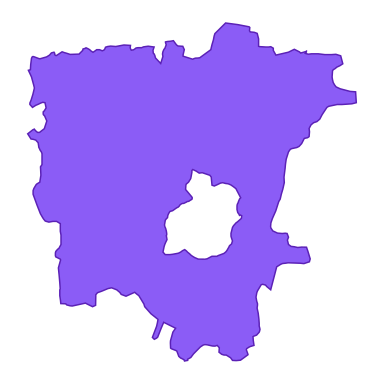 Tanta, Al Gharbiyah, Egypt (Mercator projection)
{"feature_id": "37247803B22733539273982", "entity_name": "Tanta", "entity_type": "district", "adm_level": 2, "iso_a3": "EGY", "parent_name": "Egypt", "parent_adm1": "Al Gharbiyah", "projection": "mercator", "projection_center": [30.984, 30.809], "detail": "fine", "context": "isolated", "style": "filled", "palette": "violet", "viewbox_px": 384, "rotation_deg": 0, "n_neighbors": 0, "source": "geoboundaries", "source_scale": "gbopen_adm2", "svg_char_len": 5867}
<svg xmlns="http://www.w3.org/2000/svg" viewBox="0 0 384 384"><path d="M28.4,70.3L30.0,73.7L31.5,77.0L33.7,85.1L34.4,88.0L32.9,94.3L31.1,100.1L29.9,103.0L29.9,104.5L32.5,107.4L35.8,105.3L38.4,104.2L40.6,103.1L42.8,102.3L45.0,102.7L46.1,107.9L44.3,110.8L43.2,111.9L43.2,114.1L43.5,114.8L44.6,115.9L46.8,121.0L44.3,128.7L39.5,132.4L37.6,132.4L36.2,131.3L35.1,130.2L34.3,129.1L32.8,129.8L27.7,133.8L31.0,139.0L33.2,139.3L35.8,140.1L36.9,141.4L38.1,142.6L38.7,146.3L38.7,147.0L40.2,150.3L41.3,151.8L42.0,153.6L42.0,164.6L40.5,166.8L40.9,175.2L39.8,182.2L36.8,184.0L36.1,184.7L33.9,188.4L33.1,190.6L33.1,194.3L37.1,205.3L40.4,213.7L42.3,217.0L43.4,218.8L45.2,221.0L46.3,221.4L48.9,222.1L52.9,221.4L56.6,221.4L60.3,223.6L60.3,231.3L61.0,235.0L61.0,244.5L58.8,248.5L57.7,249.2L55.8,251.4L55.4,252.9L55.4,255.8L55.8,256.9L60.2,259.1L60.6,259.9L58.4,267.9L59.1,274.9L59.8,282.9L60.2,288.8L59.8,289.9L59.8,295.7L60.5,300.5L60.8,303.6L65.7,303.8L66.7,304.9L70.1,305.8L72.3,306.0L85.5,303.1L86.5,303.7L92.6,306.7L95.6,305.3L95.8,295.7L95.8,294.7L97.5,292.7L101.7,291.2L107.9,288.6L109.2,288.3L111.6,287.8L116.7,289.8L119.8,292.4L121.2,294.4L126.0,296.2L134.7,292.3L136.9,294.2L138.8,295.6L143.9,304.0L144.7,306.7L151.0,313.8L158.0,319.4L157.4,322.8L156.6,326.3L152.4,337.4L154.3,339.3L156.5,338.2L157.7,337.1L161.1,328.4L163.7,322.3L175.6,328.2L172.9,332.1L170.5,340.8L170.4,343.0L170.6,348.1L171.3,348.7L176.3,350.7L176.8,351.1L177.1,351.8L178.8,356.4L180.7,358.1L181.1,358.2L183.0,359.2L183.9,359.6L184.5,361.0L187.7,360.4L187.7,359.2L190.8,357.5L193.5,353.9L200.4,346.9L203.3,345.0L204.9,344.6L207.1,344.8L212.4,346.0L215.0,346.1L217.2,345.4L219.3,347.7L219.0,352.2L221.7,354.3L223.9,355.0L226.3,355.1L230.5,357.7L232.5,360.4L236.2,360.6L240.5,360.2L244.5,357.3L248.0,354.7L247.8,353.8L246.3,349.7L246.7,348.6L249.6,346.8L250.4,346.5L254.0,345.4L253.3,340.6L253.0,336.6L253.7,336.2L256.6,335.1L259.2,332.2L259.6,331.1L260.0,329.3L259.6,327.5L259.2,326.0L259.2,323.4L258.9,319.1L258.2,313.2L257.1,308.1L257.5,305.1L257.5,303.7L256.7,301.1L256.0,297.1L256.8,292.7L257.5,290.9L261.2,284.7L262.7,284.3L265.6,285.1L266.7,286.5L270.7,289.8L276.7,266.8L278.5,265.7L280.7,264.3L282.6,263.5L285.5,263.2L288.1,262.8L299.9,263.2L303.9,263.6L309.4,261.8L310.2,258.9L308.0,251.6L306.5,247.2L301.7,247.1L297.7,247.5L294.0,246.7L291.1,246.4L288.5,244.5L287.4,240.1L288.5,237.2L287.1,233.5L285.3,233.2L282.3,233.5L277.5,233.1L272.8,230.9L270.9,228.0L270.6,226.5L270.9,222.9L272.4,218.5L275.8,210.8L278.7,201.7L280.2,199.1L281.3,194.3L282.8,189.2L284.3,182.6L284.0,177.1L285.1,168.4L285.5,164.0L286.2,159.2L288.5,151.9L290.3,149.3L291.8,148.6L296.9,147.5L299.1,146.4L301.7,143.5L304.3,138.4L307.6,137.7L309.1,136.6L309.5,131.8L309.1,128.5L311.0,124.9L313.6,122.7L316.9,121.6L319.8,119.1L322.1,114.7L326.9,107.4L328.7,106.3L337.2,104.5L342.0,104.5L351.9,103.8L356.3,102.7L355.6,91.8L350.1,91.4L340.2,88.8L336.1,86.9L334.7,85.1L333.2,82.5L332.5,79.6L332.1,77.0L332.5,71.5L332.5,70.8L333.3,69.7L335.1,68.6L336.9,67.1L339.9,65.7L342.8,63.8L340.7,55.8L335.9,54.3L331.5,54.6L324.8,54.6L318.2,53.8L311.6,53.8L308.3,54.2L305.3,53.4L306.4,52.0L306.4,51.2L305.7,51.6L302.2,52.6L300.6,53.0L299.5,51.9L294.3,49.3L288.4,52.2L275.9,55.1L273.3,50.4L273.3,48.2L270.8,46.7L268.6,47.0L265.6,47.0L259.4,46.6L258.6,46.3L258.6,38.9L257.2,33.4L255.4,32.7L254.2,32.3L250.2,31.9L249.5,30.8L249.8,27.5L249.1,26.8L237.7,24.6L225.6,23.0L214.9,33.6L214.1,36.2L213.4,39.9L211.9,45.0L210.8,49.7L199.7,57.8L197.1,58.1L195.7,58.1L194.2,58.5L192.7,59.2L183.1,56.2L183.1,54.8L184.3,49.6L182.8,46.3L178.0,46.0L176.5,44.9L173.4,40.7L170.7,41.2L167.4,41.5L165.5,41.9L165.5,42.6L166.2,44.8L164.8,48.5L164.4,48.8L163.7,49.9L162.9,51.8L162.5,54.0L162.9,56.5L160.7,63.5L155.5,58.0L155.2,56.9L154.8,55.4L154.1,53.9L153.3,53.2L153.0,50.3L154.1,47.0L148.2,46.2L145.3,46.6L143.4,46.9L141.6,47.7L137.9,47.7L136.0,48.0L134.6,49.1L133.5,49.8L131.3,50.2L130.5,48.7L130.2,47.6L130.5,45.4L123.9,45.0L115.8,46.5L110.7,46.1L107.7,46.5L105.5,47.2L104.8,49.0L103.8,50.2L102.2,50.8L99.6,49.7L96.7,49.7L95.2,50.8L93.0,52.3L90.8,50.8L89.7,49.7L87.8,48.6L86.0,47.8L85.6,48.2L83.0,49.0L82.7,50.4L79.0,54.1L70.1,54.4L66.8,53.3L64.3,52.6L62.1,51.8L56.5,55.5L55.8,55.5L54.7,54.7L54.7,53.3L54.0,52.2L51.4,52.9L49.5,55.1L46.6,56.9L40.3,58.7L39.2,58.7L34.4,56.9L33.0,56.5L32.2,56.9L31.5,58.3L30.7,64.6L30.4,69.7L28.4,70.3ZM192.1,198.9L192.2,198.2L192.2,197.6L191.8,196.9L185.6,189.5L185.9,185.1L186.3,184.0L186.7,183.7L188.5,182.2L190.7,178.6L191.1,176.7L191.9,172.3L191.9,170.5L192.8,169.5L196.3,171.2L199.2,173.1L202.2,172.7L209.9,175.3L211.3,177.2L211.3,177.9L212.0,185.2L214.3,186.0L216.8,184.9L220.5,183.1L222.7,182.7L225.7,183.5L228.2,183.8L230.8,184.9L233.0,186.4L235.9,188.6L240.7,197.8L239.6,198.9L238.5,201.4L238.1,202.9L237.7,203.3L237.1,205.0L237.0,206.4L237.0,209.5L237.7,212.4L238.4,213.5L238.8,213.9L239.5,215.4L240.3,215.0L241.7,215.7L241.4,218.3L241.0,218.7L237.3,222.0L236.2,222.7L233.6,225.6L232.5,227.4L231.0,233.3L231.0,234.7L231.0,236.2L231.4,237.7L232.5,241.0L232.1,242.1L231.7,243.5L231.5,244.0L230.3,245.0L229.5,245.7L228.8,247.2L226.9,250.5L225.8,251.9L224.0,253.4L219.2,255.2L218.1,255.6L217.0,256.3L211.9,256.3L207.1,258.8L204.9,259.2L198.2,259.1L195.7,258.0L194.9,257.7L192.4,256.2L190.9,255.1L189.8,254.0L187.5,252.1L186.5,251.0L184.7,249.6L182.5,250.7L180.6,252.1L178.4,253.2L174.7,253.9L172.5,254.3L170.0,254.6L165.2,254.6L163.0,252.1L164.1,246.6L164.8,244.4L165.6,242.5L167.0,239.6L166.7,237.8L166.3,235.6L166.7,234.9L166.7,233.4L166.3,230.8L165.6,228.3L164.9,226.8L164.5,225.0L165.3,220.2L165.6,219.8L166.4,218.7L167.5,217.7L167.8,215.5L168.6,213.6L169.3,212.5L169.7,211.8L170.1,211.4L171.2,211.1L172.6,210.7L176.7,207.8L178.2,207.1L179.3,206.0L180.0,204.9L181.5,203.8L182.6,203.4L183.7,203.4L186.6,202.0L187.0,201.6L188.8,201.3L189.9,200.5L191.8,199.4L192.1,198.9Z" fill="#8b5cf6" stroke="#5b21b6" stroke-width="1.5"/></svg>